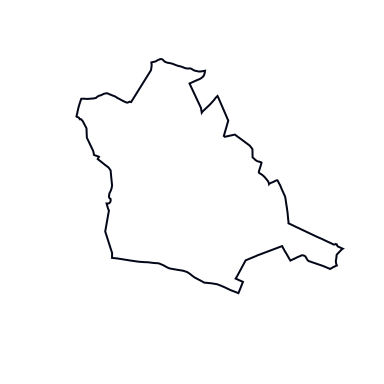 6e Arrondissement, Analamanga, Madagascar, rotated 330°
{"feature_id": "10022922B53755400100934", "entity_name": "6e Arrondissement", "entity_type": "district", "adm_level": 2, "iso_a3": "MDG", "parent_name": "Madagascar", "parent_adm1": "Analamanga", "projection": "orthographic", "projection_center": [47.5, -18.868], "detail": "fine", "context": "isolated", "style": "outline", "palette": "ink", "viewbox_px": 384, "rotation_deg": 330, "n_neighbors": 0, "source": "geoboundaries", "source_scale": "gbopen_adm2", "svg_char_len": 4949}
<svg xmlns="http://www.w3.org/2000/svg" viewBox="0 0 384 384"><g transform="rotate(330 192 192)"><path d="M294.2,316.5L291.1,312.1L291.0,311.8L291.0,311.3L290.9,311.0L290.9,310.6L291.0,310.2L291.2,309.9L290.7,309.3L290.5,308.9L290.2,308.9L289.6,308.9L289.1,308.7L288.5,308.4L288.3,308.1L288.2,308.0L287.6,307.1L286.4,305.4L286.2,305.0L284.9,303.3L283.3,300.9L283.0,300.6L282.0,299.0L280.9,297.4L279.9,296.1L279.0,294.9L277.0,292.1L275.0,289.2L272.9,286.2L271.0,283.4L267.8,278.8L265.9,276.0L265.2,275.1L261.7,269.9L259.9,267.4L260.3,266.9L260.4,266.7L261.6,263.8L263.3,260.1L264.5,257.5L265.4,255.2L266.4,252.8L267.8,249.1L269.3,245.4L270.3,242.6L270.7,238.8L271.1,234.7L271.3,233.1L271.4,232.5L271.7,230.1L271.7,227.8L271.8,226.5L271.9,225.3L271.8,224.6L271.4,224.3L269.8,224.0L268.1,224.0L266.5,223.8L264.5,223.5L263.5,223.5L263.3,223.6L262.9,223.5L262.7,223.6L263.0,222.7L263.1,221.7L263.2,220.6L263.1,219.8L263.0,218.9L262.7,217.3L262.3,215.1L261.9,213.8L261.4,212.4L261.1,211.7L260.5,210.6L260.0,209.8L259.8,209.3L259.7,208.9L259.7,208.5L259.8,208.2L260.1,207.8L260.6,207.3L262.0,206.0L264.4,203.8L264.8,203.4L265.5,202.7L266.5,201.8L266.8,201.5L266.9,201.3L266.9,201.1L266.7,200.8L265.9,200.0L265.2,199.2L264.3,198.4L263.8,197.7L263.4,197.0L262.9,195.8L262.7,195.4L262.7,195.0L262.1,193.3L261.8,192.3L265.8,185.0L265.5,182.9L265.2,180.7L257.8,163.7L248.0,160.6L247.6,159.3L248.1,158.9L259.1,148.3L262.0,123.3L262.0,122.8L262.1,121.6L259.1,122.4L257.8,123.1L251.4,125.2L246.4,126.4L241.3,127.6L240.1,128.2L241.8,123.7L244.1,96.8L253.3,97.7L253.6,97.8L254.2,97.9L254.7,98.0L256.0,98.0L257.1,98.0L258.0,97.8L258.9,97.7L259.5,97.5L260.1,97.2L260.6,97.0L260.9,96.8L261.3,96.4L261.9,95.8L262.5,95.2L263.0,94.7L263.9,93.5L262.2,92.9L259.9,92.0L258.2,91.1L257.4,90.4L256.3,89.4L255.1,88.3L254.4,87.4L254.0,86.8L253.3,85.4L252.7,84.5L252.0,83.9L250.5,83.2L249.4,82.5L248.3,81.6L246.8,79.8L246.2,79.0L245.2,77.8L243.5,76.3L241.6,74.2L240.2,72.4L238.7,70.6L238.2,70.2L237.4,69.4L236.5,68.7L235.3,67.7L234.4,66.6L233.7,65.8L233.3,64.7L233.0,63.4L232.7,62.5L232.2,61.8L231.5,61.3L230.7,61.0L229.8,60.9L228.9,60.7L227.6,60.7L226.3,60.7L225.6,60.6L225.3,60.6L224.7,60.4L223.9,60.2L223.7,60.1L221.7,59.4L221.4,59.8L221.2,60.1L221.2,60.3L221.1,60.8L221.0,61.1L220.6,61.7L220.3,62.1L220.1,62.6L217.4,66.0L184.2,83.7L183.1,82.6L181.9,82.5L180.9,82.4L179.8,81.5L178.8,80.1L177.7,78.5L175.3,74.6L174.5,73.4L173.2,70.8L171.1,68.3L170.4,67.3L169.3,66.0L168.4,64.7L167.9,64.1L167.2,63.7L164.8,62.9L161.6,62.7L159.8,62.2L157.8,62.1L156.0,62.5L153.6,61.8L151.1,60.6L148.3,59.3L147.0,58.5L144.8,57.0L143.7,56.4L143.1,56.1L142.9,56.0L142.7,55.9L141.8,56.7L140.7,57.6L140.0,58.3L138.7,59.4L137.3,60.8L135.5,62.5L134.8,63.3L133.3,64.9L132.2,66.2L130.7,67.7L130.0,68.6L129.7,68.9L130.1,69.6L131.1,70.9L131.3,73.0L132.2,73.3L132.8,75.8L132.5,83.7L132.4,84.2L128.1,92.4L127.0,106.5L126.8,107.4L126.4,108.9L126.1,109.8L125.6,110.7L125.9,111.2L126.3,111.8L127.0,112.5L127.6,113.2L128.5,114.3L129.0,115.0L127.5,115.9L126.8,116.3L128.6,120.8L130.3,125.1L131.9,128.9L132.0,129.1L132.3,132.6L128.9,140.0L126.1,146.3L124.3,148.5L122.2,150.3L119.8,151.9L118.7,153.2L117.7,154.5L117.5,155.9L117.5,156.4L118.0,157.1L117.8,157.7L117.7,158.0L117.5,158.4L117.3,158.7L117.0,159.0L116.8,159.3L116.5,159.6L116.2,159.8L115.7,160.0L115.1,160.2L114.7,160.3L114.4,160.3L114.1,160.1L113.5,160.0L112.8,159.5L112.3,159.2L111.6,161.8L111.0,164.5L110.9,165.3L110.8,165.9L110.8,166.5L97.1,182.8L92.3,204.9L89.8,209.1L93.7,211.9L98.8,216.0L105.3,221.3L111.1,225.8L115.8,229.0L118.4,230.6L123.6,234.5L127.5,237.1L130.5,241.0L133.0,245.2L134.4,247.0L137.0,249.2L139.5,251.3L144.9,255.7L147.7,258.8L149.3,261.9L150.2,264.3L151.5,267.3L155.5,273.6L157.3,276.6L163.2,280.8L164.4,281.8L167.6,284.4L170.3,287.7L172.9,291.2L176.2,296.1L179.8,300.5L181.6,302.8L183.2,301.6L191.2,295.3L186.5,288.8L188.6,287.7L204.3,278.0L215.6,279.5L216.3,279.5L243.0,283.9L242.9,285.4L242.9,286.9L242.8,289.0L242.9,291.7L242.9,295.0L242.9,297.2L242.9,298.5L242.9,299.8L242.9,300.6L244.6,300.7L245.7,300.8L246.6,300.8L246.9,301.0L248.0,301.0L249.7,301.1L251.1,301.2L251.7,301.3L252.4,301.4L253.4,301.5L254.7,301.6L255.8,301.9L256.3,302.2L256.8,302.7L257.2,303.2L257.6,303.6L257.8,304.1L258.0,304.7L258.0,305.7L258.0,306.7L258.0,308.3L258.0,309.0L258.4,309.8L258.8,310.5L259.4,311.1L260.0,311.8L260.9,312.9L261.9,314.0L262.6,314.8L263.5,315.8L264.1,316.6L265.1,317.7L266.2,318.9L267.3,320.2L268.0,321.0L268.6,321.7L269.2,322.5L270.1,323.7L270.8,324.6L271.4,325.4L272.0,326.2L272.6,326.9L273.0,327.7L273.5,327.7L274.4,327.7L275.5,327.7L276.7,327.7L277.5,327.7L277.9,327.8L278.1,327.9L278.6,327.9L279.6,327.9L280.3,328.0L280.7,328.1L280.8,327.5L280.8,327.1L281.0,326.3L281.3,325.3L281.8,324.2L282.2,323.5L284.4,320.8L284.7,320.3L284.8,320.2L285.0,320.0L285.2,319.6L285.4,319.3L285.6,319.1L285.9,318.8L286.1,318.6L288.1,318.0L290.1,317.4L292.6,316.7L294.0,316.5L294.2,316.5Z" fill="none" stroke="#020617" stroke-width="2"/></g></svg>